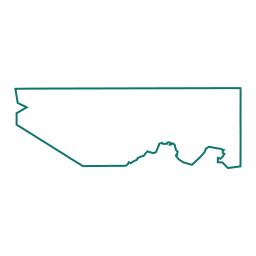 Marion, Texas, United States of America (Natural Earth projection)
{"feature_id": "52423323B1637569116072", "entity_name": "Marion", "entity_type": "district", "adm_level": 2, "iso_a3": "USA", "parent_name": "United States of America", "parent_adm1": "Texas", "projection": "natural_earth1", "projection_center": [-94.29, 32.785], "detail": "fine", "context": "isolated", "style": "outline", "palette": "teal", "viewbox_px": 256, "rotation_deg": 0, "n_neighbors": 0, "source": "geoboundaries", "source_scale": "gbopen_adm2", "svg_char_len": 1241}
<svg xmlns="http://www.w3.org/2000/svg" viewBox="0 0 256 256"><path d="M15.4,88.8L17.7,103.0L26.7,107.3L16.6,113.2L16.6,124.7L16.9,124.9L22.7,128.5L27.7,131.6L40.3,139.5L45.3,142.6L54.7,148.5L60.3,152.0L63.9,154.2L65.7,155.4L72.1,159.5L83.0,166.1L85.6,166.1L95.0,166.0L106.8,165.9L121.4,165.9L125.7,165.7L127.7,164.4L128.8,162.3L130.6,163.2L134.0,161.1L137.0,159.7L137.5,158.2L140.7,156.6L143.8,155.8L145.7,153.2L147.5,151.4L150.3,152.3L153.7,153.1L156.0,152.1L157.3,148.9L158.0,147.4L159.0,145.0L159.3,143.7L162.1,142.8L163.0,143.8L165.0,143.9L167.0,143.7L166.8,143.4L167.2,142.9L167.5,142.7L167.8,142.4L168.9,142.3L169.7,142.5L170.6,142.9L170.3,144.1L170.1,144.7L171.3,144.4L171.2,143.5L173.1,143.5L174.7,144.9L176.0,150.1L177.6,151.6L177.1,154.6L176.6,154.5L176.1,155.1L176.0,155.8L178.6,159.2L183.2,162.3L191.9,164.8L199.8,157.5L204.4,152.4L206.0,148.6L208.9,146.8L214.5,147.8L217.5,148.4L219.0,148.6L221.0,148.8L222.6,149.8L223.7,150.0L222.6,151.5L222.7,152.8L224.4,153.8L222.5,156.9L220.5,158.7L217.9,157.9L217.8,162.2L222.5,162.5L227.9,168.0L240.5,166.4L240.6,135.1L240.5,131.4L240.6,129.9L240.6,127.9L240.6,127.2L240.5,122.8L240.6,92.0L240.5,88.2L238.0,88.1L33.0,88.6L15.4,88.8Z" fill="none" stroke="#0f766e" stroke-width="2"/></svg>